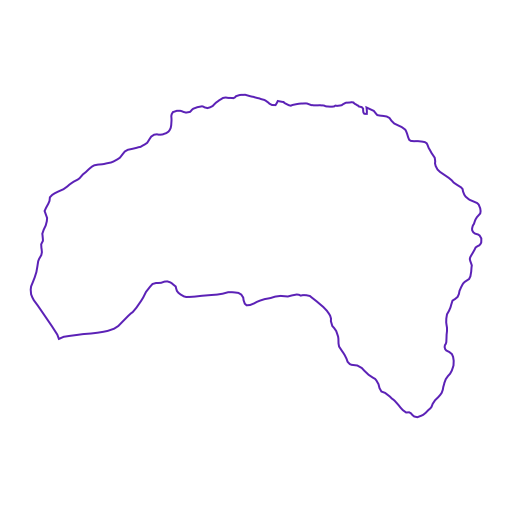 the district of Fatululic, Cova Lima, East Timor
{"feature_id": "22284137B33809863123080", "entity_name": "Fatululic", "entity_type": "district", "adm_level": 2, "iso_a3": "TLS", "parent_name": "East Timor", "parent_adm1": "Cova Lima", "projection": "mercator", "projection_center": [125.158, -9.205], "detail": "fine", "context": "isolated", "style": "outline", "palette": "violet", "viewbox_px": 512, "rotation_deg": 0, "n_neighbors": 0, "source": "geoboundaries", "source_scale": "gbopen_adm2", "svg_char_len": 6031}
<svg xmlns="http://www.w3.org/2000/svg" viewBox="0 0 512 512"><path d="M366.5,107.5L366.7,108.8L366.9,111.8L366.8,113.6L366.8,113.9L365.6,113.9L365.0,113.9L364.1,113.6L363.4,112.4L363.2,111.1L363.1,109.7L363.1,108.6L362.0,107.4L361.8,107.2L361.7,107.1L360.7,106.9L358.7,106.4L358.1,105.6L357.1,105.2L356.3,104.6L355.1,104.0L353.9,103.1L353.5,102.5L351.6,102.2L349.9,102.5L348.3,102.6L347.0,102.7L346.1,102.7L345.3,103.0L342.9,104.3L342.6,104.5L341.7,105.2L340.1,105.5L337.8,105.8L337.0,105.9L335.6,105.6L335.2,105.7L334.2,106.4L331.9,106.7L330.4,106.7L328.1,106.5L326.3,106.4L325.2,106.1L324.4,105.7L324.1,105.6L323.4,105.5L322.7,105.4L321.2,105.4L320.0,105.2L318.4,105.3L313.5,105.3L312.3,105.1L311.2,105.1L310.2,104.7L307.0,103.5L305.2,103.4L303.2,103.5L301.1,103.5L300.6,103.6L299.2,103.7L296.8,104.1L293.3,104.8L292.1,105.1L291.5,105.4L290.8,105.7L288.8,105.2L286.2,103.9L284.3,102.9L284.0,102.5L283.6,102.0L282.4,101.9L277.8,101.0L276.7,103.2L275.5,105.1L272.0,105.0L269.5,103.7L268.0,102.3L267.6,102.1L266.7,101.4L265.4,100.5L264.2,99.9L261.1,99.1L259.3,98.4L257.3,98.0L254.3,97.2L254.0,97.0L253.7,96.9L251.8,96.6L249.8,96.1L245.3,94.8L240.8,94.9L239.4,95.1L236.0,96.2L235.8,96.5L234.9,97.4L233.3,98.2L232.3,98.0L228.2,97.9L226.8,97.7L225.8,97.5L225.2,97.6L224.4,97.7L222.9,98.0L220.7,99.4L219.3,100.2L217.9,101.3L216.3,102.4L215.4,103.2L213.8,104.8L212.7,106.0L210.3,107.2L209.8,107.4L207.4,108.1L206.0,107.7L204.9,107.5L204.3,107.2L203.2,106.6L202.0,106.3L197.3,107.2L196.0,107.7L193.3,108.7L193.0,108.9L191.9,109.8L191.0,110.9L190.0,111.9L186.0,112.6L184.9,112.3L183.4,111.9L182.3,111.4L181.1,111.0L180.2,110.8L176.8,110.8L174.2,111.7L172.9,112.1L171.7,114.2L171.3,116.0L171.5,118.9L171.5,120.7L171.2,125.2L170.7,127.9L169.7,130.0L168.5,131.6L166.3,133.1L163.7,134.0L162.8,134.4L160.4,134.7L158.7,134.7L158.3,134.6L156.9,134.3L154.1,134.7L151.2,136.6L149.6,139.0L148.1,141.4L147.2,142.8L144.7,144.5L142.6,145.6L140.5,146.9L138.6,147.2L136.3,147.9L132.5,148.8L127.8,149.8L124.8,151.5L122.7,154.1L119.9,157.7L117.5,159.3L113.5,161.5L111.0,162.5L106.4,163.4L104.0,164.0L101.9,164.3L98.0,164.6L94.3,165.3L92.1,166.5L90.1,168.1L88.5,169.5L85.8,172.1L82.9,174.4L79.5,178.3L77.7,179.6L73.8,181.6L71.4,183.2L69.3,184.7L68.2,185.7L67.0,186.7L63.5,189.2L59.9,190.8L57.7,191.8L54.7,193.3L52.2,194.9L49.9,197.3L49.5,200.9L48.3,203.7L46.0,207.9L44.6,211.0L47.1,218.0L46.8,221.3L45.7,225.5L43.7,229.7L42.3,233.8L42.5,235.1L42.9,239.4L42.9,240.9L41.6,243.4L41.2,244.3L41.4,248.0L41.6,249.0L41.9,252.2L41.3,255.1L39.1,258.9L38.2,261.2L37.3,266.9L36.4,272.0L34.7,277.4L32.9,282.0L31.1,286.4L30.7,289.6L31.1,294.3L32.3,297.3L33.8,300.2L37.8,305.6L43.9,314.5L51.9,326.2L57.3,334.6L58.9,338.9L63.7,336.8L69.6,335.9L77.3,334.9L83.0,334.1L91.1,333.5L97.7,332.7L103.3,331.8L107.7,330.9L114.1,328.7L118.3,326.0L122.1,322.1L128.3,315.8L131.0,313.3L131.5,313.0L132.8,312.0L136.4,307.7L141.1,300.9L143.2,297.5L146.0,291.9L150.0,286.8L152.5,284.0L156.0,283.0L158.1,283.0L161.1,282.8L164.5,281.6L167.3,281.4L169.5,282.1L170.3,282.4L171.7,283.2L173.3,284.6L175.7,286.5L176.1,288.3L176.9,290.9L178.4,292.8L180.6,294.5L183.9,296.4L186.2,297.0L190.2,296.9L194.8,296.6L201.6,295.8L209.0,295.2L210.1,295.1L217.0,294.6L222.7,293.7L228.2,292.2L232.0,292.2L234.3,292.4L238.4,292.9L241.3,294.6L242.5,296.5L243.2,297.5L243.6,300.3L244.8,303.7L246.6,305.3L250.1,305.0L252.6,304.0L254.1,303.4L256.8,301.9L260.0,300.6L264.7,299.1L268.1,298.5L270.7,298.0L272.6,297.4L275.2,296.6L280.5,295.9L287.8,296.5L292.0,295.4L296.8,294.5L299.0,294.8L300.7,295.6L303.0,295.1L306.2,295.2L309.9,296.0L311.7,297.5L312.1,297.8L313.0,298.5L316.7,301.4L323.3,307.0L326.9,310.8L328.3,312.8L328.7,313.3L330.1,315.6L331.0,318.6L330.9,321.2L332.3,326.0L334.1,328.0L336.2,331.0L337.0,333.3L337.5,334.8L338.1,336.6L338.4,338.8L338.5,342.6L338.5,343.3L338.7,344.5L339.1,346.6L342.0,351.0L343.2,352.7L344.7,355.1L346.5,358.7L347.6,361.8L349.8,364.1L351.5,364.8L357.3,365.5L361.8,368.0L364.2,370.6L368.6,374.8L372.8,377.6L375.1,378.9L376.4,380.5L378.5,384.2L379.5,388.1L381.4,391.5L385.1,392.9L389.8,396.5L391.9,398.6L393.2,399.5L394.6,400.7L397.3,403.7L398.7,405.3L400.5,407.6L402.8,410.1L406.1,412.5L409.1,412.3L410.8,413.2L412.5,415.1L414.2,416.5L417.4,417.2L420.5,416.0L421.1,415.8L423.2,414.8L425.7,412.8L428.3,410.1L430.3,408.4L431.5,406.9L432.7,403.8L435.1,400.2L438.2,397.2L440.3,394.8L441.7,392.8L442.8,389.7L443.3,386.9L444.2,383.8L444.3,383.1L445.8,379.1L448.0,376.0L450.1,373.7L451.8,370.6L452.9,367.4L453.5,365.4L453.7,360.8L453.1,356.9L451.9,354.1L449.3,352.0L446.3,350.5L445.2,349.2L444.6,347.0L444.8,346.0L444.9,345.2L445.8,343.8L446.3,342.1L446.5,337.9L446.6,334.6L447.0,331.1L447.0,327.8L446.5,324.7L446.2,322.4L446.3,318.6L447.0,314.3L449.0,310.8L450.4,307.6L450.9,305.9L451.1,305.1L452.5,300.6L455.1,299.0L457.6,296.9L458.9,294.0L459.5,290.9L461.2,287.0L461.7,286.1L462.3,284.9L463.2,283.4L464.7,281.9L469.1,279.0L470.4,276.3L471.2,271.6L471.5,267.6L471.8,265.4L471.1,263.3L470.2,260.8L469.8,259.0L470.2,257.3L471.3,255.3L472.8,252.8L474.6,249.6L475.6,247.5L477.5,246.2L479.2,245.4L480.3,244.2L480.8,243.4L481.2,242.6L481.3,240.8L481.3,238.4L479.6,235.5L478.8,235.0L478.1,234.5L475.0,233.6L473.3,232.3L472.2,230.4L472.1,229.4L472.1,228.4L472.7,226.0L473.3,224.8L473.7,224.3L474.0,223.7L474.9,221.0L475.5,219.5L476.9,217.2L480.2,213.5L480.3,213.1L480.6,211.1L480.2,208.3L478.7,204.6L477.2,203.1L475.4,202.3L473.1,201.3L469.8,199.9L468.7,199.2L465.6,196.6L464.3,194.7L463.0,191.4L462.6,189.1L461.1,187.4L457.1,184.9L455.3,183.7L453.6,182.5L451.7,180.3L448.8,177.9L441.9,173.2L440.0,171.9L437.5,169.5L435.7,166.1L435.0,163.4L435.2,161.5L435.0,159.6L434.7,157.7L432.0,153.7L431.4,152.8L431.1,152.2L429.9,150.0L428.7,148.0L427.5,144.9L426.7,143.3L424.8,142.1L422.1,141.6L417.7,141.1L414.0,141.2L410.8,140.9L409.2,139.8L408.2,137.4L407.0,133.5L406.1,131.2L405.3,129.7L403.3,128.2L401.6,127.0L399.2,125.9L394.2,123.5L391.4,120.7L389.5,118.0L386.7,116.5L383.0,115.9L380.0,115.6L377.3,115.1L376.2,113.9L373.8,110.9L366.5,107.5Z" fill="none" stroke="#5b21b6" stroke-width="2"/></svg>